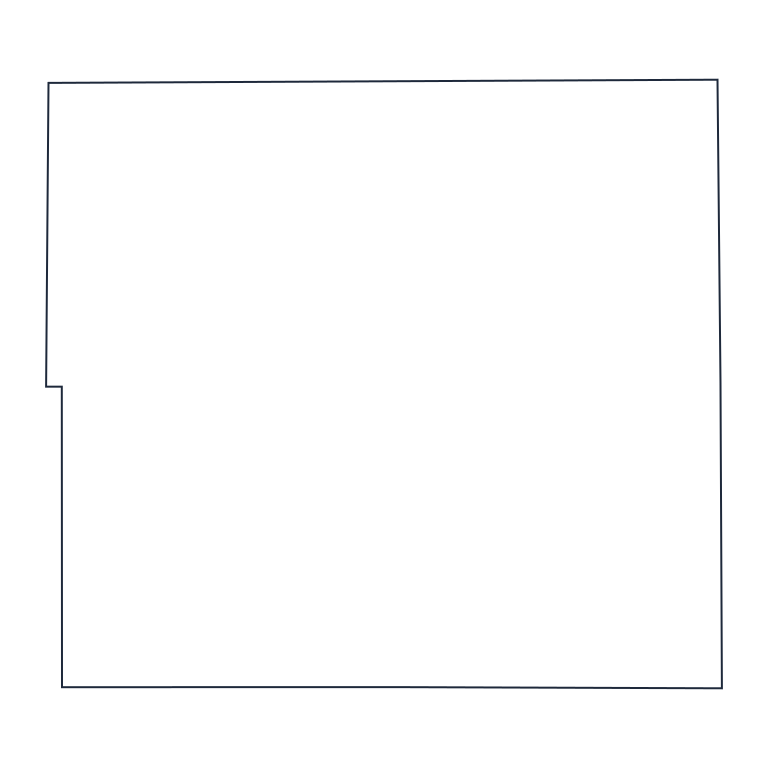 Delaware, Iowa, United States of America (Robinson projection)
{"feature_id": "52423323B18552254627235", "entity_name": "Delaware", "entity_type": "district", "adm_level": 2, "iso_a3": "USA", "parent_name": "United States of America", "parent_adm1": "Iowa", "projection": "robinson", "projection_center": [-91.343, 42.471], "detail": "fine", "context": "isolated", "style": "outline", "palette": "slate", "viewbox_px": 768, "rotation_deg": 0, "n_neighbors": 0, "source": "geoboundaries", "source_scale": "gbopen_adm2", "svg_char_len": 241}
<svg xmlns="http://www.w3.org/2000/svg" viewBox="0 0 768 768"><path d="M721.9,688.3L721.2,537.3L720.5,383.2L717.5,79.7L48.5,82.9L46.1,386.7L61.8,386.7L62.0,687.2L392.3,687.1L721.9,688.3Z" fill="none" stroke="#1e293b" stroke-width="2"/></svg>